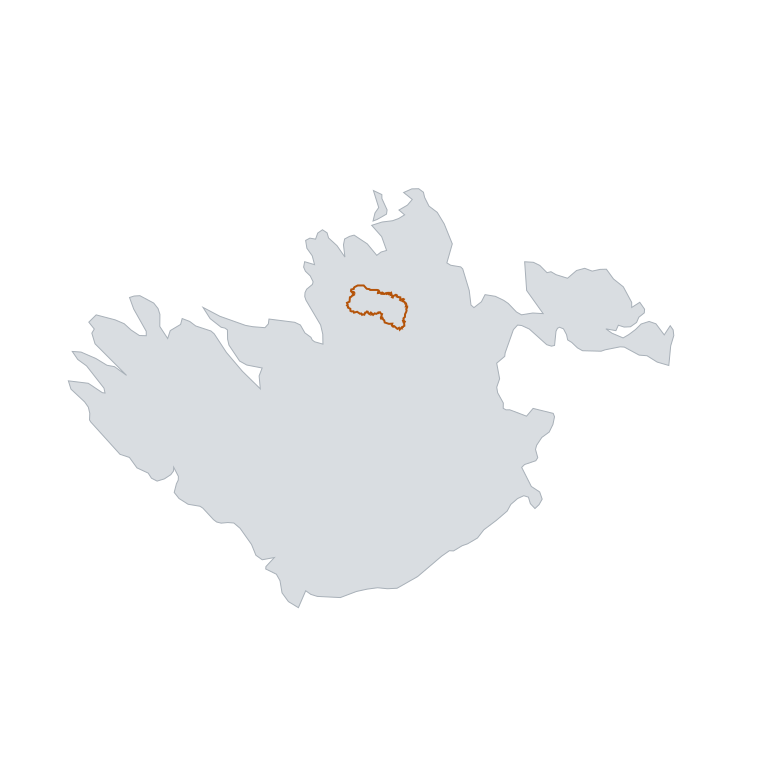 location of Claremorris Lea-6, Mayo, Ireland, rotated 64°
{"feature_id": "5873133B40533987579120", "entity_name": "Claremorris Lea-6", "entity_type": "district", "adm_level": 2, "iso_a3": "IRL", "parent_name": "Ireland", "parent_adm1": "Mayo", "projection": "mercator", "projection_center": [-9.004, 53.656], "detail": "medium", "context": "in_parent", "style": "outline", "palette": "amber", "viewbox_px": 768, "rotation_deg": 64, "n_neighbors": 0, "source": "geoboundaries", "source_scale": "gbopen_adm2", "svg_char_len": 5628}
<svg xmlns="http://www.w3.org/2000/svg" viewBox="0 0 768 768"><g transform="rotate(64 384 384)"><path d="M469.9,142.0L456.2,151.8L454.1,155.5L450.2,170.3L449.7,174.5L441.1,191.0L436.3,194.3L429.0,197.0L424.9,199.6L419.7,198.3L413.1,198.5L409.9,201.4L410.0,203.7L412.0,206.3L424.1,213.8L423.4,216.9L420.0,220.5L398.3,229.3L391.8,234.6L389.6,238.1L391.9,243.9L409.2,261.5L412.1,263.4L414.7,273.6L430.0,277.8L436.3,284.1L441.7,285.7L453.4,285.1L458.1,287.5L460.7,285.7L462.3,282.3L475.4,270.0L471.3,260.7L484.6,244.8L488.2,245.1L494.4,249.9L499.6,256.6L501.2,265.6L506.0,273.7L509.2,276.5L517.6,278.1L519.5,281.2L518.0,292.9L519.3,296.8L540.7,296.5L549.3,291.4L556.8,292.3L560.4,297.5L562.1,302.9L555.7,304.9L549.0,303.8L545.7,307.3L545.5,314.1L547.8,322.8L552.2,329.0L555.8,342.8L558.8,358.2L563.4,367.5L564.3,379.0L563.6,384.6L564.5,394.7L562.5,398.3L564.0,407.7L571.8,438.2L573.3,461.8L569.5,470.7L564.3,479.1L561.0,489.0L558.4,499.7L556.8,516.9L545.7,537.0L541.0,542.0L535.5,545.0L547.5,559.0L537.7,565.3L527.0,567.2L515.2,563.7L507.8,564.1L498.4,571.4L496.3,570.1L491.9,558.6L488.6,570.5L481.8,574.2L470.1,573.4L450.6,576.6L443.1,579.9L440.0,585.2L437.7,591.3L434.7,594.9L431.2,596.7L416.2,601.2L413.2,603.0L406.2,612.8L397.1,618.4L389.5,620.1L382.8,614.4L380.1,611.0L376.9,609.3L366.6,609.5L369.9,611.3L372.0,615.3L373.0,623.0L371.8,630.5L366.7,634.3L360.7,635.0L351.1,642.8L338.4,645.0L331.5,652.1L289.6,664.2L287.2,664.4L281.4,661.3L275.2,659.9L268.9,660.9L251.4,667.6L242.8,666.3L253.7,649.5L268.3,641.0L269.8,638.7L265.0,637.5L237.3,643.4L227.7,648.5L218.1,649.9L222.5,642.3L234.9,631.7L245.7,624.8L250.3,618.6L263.4,611.6L221.2,626.1L210.2,624.3L207.6,620.3L199.0,622.2L195.7,612.4L208.5,597.5L215.9,591.1L224.7,587.6L233.2,582.6L236.4,576.5L232.4,574.6L206.9,576.1L194.7,574.8L195.4,570.0L197.6,564.7L210.3,555.5L217.1,554.0L223.2,554.9L234.0,560.3L248.3,558.5L242.3,552.7L241.3,540.7L236.7,536.7L242.6,531.2L249.3,527.8L260.5,516.3L264.5,514.6L286.6,511.8L310.5,505.7L334.1,497.3L322.0,492.7L316.2,486.5L306.8,499.0L300.1,503.7L281.1,506.3L275.1,504.9L266.7,501.0L264.0,502.5L261.6,505.5L249.0,511.6L235.8,513.1L251.2,501.8L270.6,482.8L275.0,476.8L281.2,466.3L279.3,461.6L275.2,458.9L289.4,437.2L294.3,433.3L303.4,432.7L310.0,429.2L313.0,429.2L315.6,427.9L321.4,421.4L312.4,417.2L303.2,415.1L274.5,417.4L270.7,416.9L267.2,414.9L264.9,412.0L263.1,404.6L261.0,402.9L254.5,402.9L248.2,405.2L243.7,405.0L239.3,401.7L246.3,394.1L237.3,392.3L228.2,393.8L220.6,391.5L220.4,386.7L223.8,382.0L219.3,377.4L218.4,371.7L223.2,368.9L228.4,369.8L239.1,365.6L252.8,363.5L241.1,359.4L236.4,355.8L236.2,350.3L237.1,345.6L250.7,337.6L265.2,334.1L264.1,328.8L265.1,323.1L250.5,321.5L236.0,325.5L237.6,314.6L241.0,304.8L241.7,298.3L241.0,291.3L234.2,294.3L233.5,284.5L230.5,277.7L220.5,282.4L220.8,273.5L223.7,267.2L228.9,264.5L234.1,265.7L243.8,265.6L253.1,260.9L266.5,259.7L288.0,261.2L302.7,274.4L306.5,272.0L312.4,263.7L315.1,262.8L337.3,266.4L351.1,271.2L354.8,269.7L352.8,260.4L348.0,254.0L354.0,245.5L361.2,239.8L366.1,237.0L377.3,233.4L382.1,230.1L385.4,219.2L390.5,210.1L362.5,214.8L335.8,204.0L340.1,196.4L345.7,192.0L355.4,188.7L356.3,184.7L361.2,181.4L369.4,172.7L366.4,161.2L368.0,152.9L373.8,147.4L375.7,139.6L378.3,133.8L390.2,131.7L401.6,126.3L419.2,125.6L423.8,127.8L422.7,118.3L431.0,117.0L434.2,118.9L435.7,125.7L439.4,130.0L440.6,137.4L438.1,143.2L433.9,147.6L437.7,152.2L431.7,160.4L438.2,156.9L447.4,148.9L446.9,142.3L445.3,134.0L442.8,126.6L444.0,118.3L449.1,113.2L462.7,110.6L457.1,101.2L462.1,100.4L467.5,102.3L475.4,109.6L492.2,119.9L484.0,128.9L473.9,135.2L469.9,142.0ZM233.1,318.2L232.7,322.4L226.3,317.1L223.1,311.4L205.5,308.7L212.8,302.9L216.4,304.6L228.9,304.9L232.4,307.3L233.1,318.2Z" fill="#d9dde1" stroke="#a8b0b8" stroke-width="1"/><path d="M329.0,356.4L332.1,353.2L333.4,350.1L334.8,351.3L336.2,350.9L336.5,350.6L336.1,350.0L336.5,349.4L340.3,347.8L340.1,345.9L342.0,346.0L341.3,344.6L341.8,343.7L341.1,343.7L340.7,343.0L341.1,342.0L340.7,341.5L340.6,340.2L337.8,339.1L337.1,337.9L335.8,338.5L336.2,339.3L335.3,339.2L335.1,338.3L333.5,337.7L332.9,335.8L330.5,334.5L328.8,332.3L327.7,331.4L326.4,331.2L325.4,329.7L324.5,329.2L323.9,330.4L322.6,329.2L321.4,328.9L321.0,329.0L321.0,329.6L319.4,329.5L317.7,331.0L316.6,329.0L315.9,329.5L315.9,330.2L316.4,330.8L315.6,331.3L315.9,332.5L315.5,332.7L315.2,332.1L313.3,331.4L313.1,332.1L312.2,332.5L312.1,333.3L310.9,334.3L310.0,333.5L309.0,334.2L309.0,337.0L310.1,338.2L309.4,338.8L308.6,337.7L307.2,338.1L307.0,338.8L306.1,337.8L305.1,337.6L305.2,339.0L304.9,339.1L305.3,339.7L305.0,339.9L305.2,340.5L304.7,340.7L304.4,340.0L303.8,340.3L303.7,340.9L304.3,341.5L304.2,342.3L303.2,342.4L303.3,344.1L302.2,346.1L301.8,345.0L301.0,345.5L300.8,346.9L300.2,347.8L299.6,347.8L299.9,348.7L299.6,349.6L298.8,349.1L298.3,347.7L297.3,347.9L296.4,349.0L293.3,355.3L292.5,355.4L290.8,357.8L286.6,359.0L283.9,364.5L284.0,368.1L284.4,368.9L285.3,369.5L284.7,372.0L286.0,373.0L287.5,372.6L287.5,371.5L288.4,370.7L289.0,370.7L288.7,372.2L290.6,371.8L290.7,372.7L290.2,372.9L291.2,375.1L291.1,376.6L294.9,378.9L294.8,381.7L296.9,381.9L297.2,382.8L298.7,382.3L299.5,382.9L301.6,381.3L303.6,382.1L304.5,381.4L305.3,379.6L306.7,379.7L307.3,376.5L310.3,374.8L310.6,373.6L312.2,373.4L312.1,372.5L313.1,371.3L311.7,369.8L312.0,369.4L311.3,367.6L311.9,366.9L312.8,367.2L314.7,366.5L314.0,364.5L315.4,363.9L316.0,364.6L316.2,363.7L317.1,363.5L316.4,361.5L317.6,360.2L317.5,358.6L317.8,358.0L317.2,357.6L317.8,356.1L319.3,356.0L320.3,355.1L323.0,357.8L323.9,358.0L324.4,357.1L324.1,356.4L325.5,356.5L326.9,355.9L329.0,356.4Z" fill="none" stroke="#b45309" stroke-width="2"/></g></svg>